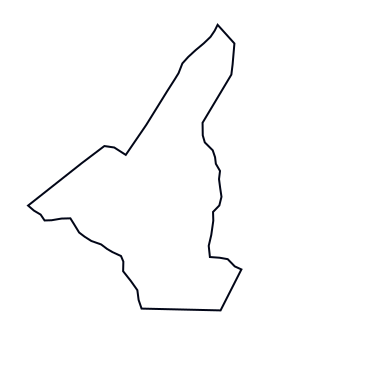 Camocim de São Félix, Pernambuco, Brazil, rotated 138°
{"feature_id": "56859067B97810771102376", "entity_name": "Camocim de São Félix", "entity_type": "district", "adm_level": 2, "iso_a3": "BRA", "parent_name": "Brazil", "parent_adm1": "Pernambuco", "projection": "orthographic", "projection_center": [-35.778, -8.341], "detail": "fine", "context": "isolated", "style": "outline", "palette": "ink", "viewbox_px": 384, "rotation_deg": 138, "n_neighbors": 0, "source": "geoboundaries", "source_scale": "gbopen_adm2", "svg_char_len": 899}
<svg xmlns="http://www.w3.org/2000/svg" viewBox="0 0 384 384"><g transform="rotate(138 192 192)"><path d="M61.1,274.0L61.1,299.1L67.2,296.7L74.4,294.9L83.8,294.6L94.4,295.0L104.4,294.9L113.1,294.0L122.5,289.3L129.7,287.2L143.1,283.5L181.0,272.5L216.4,263.9L220.0,277.1L226.4,284.8L254.5,287.2L322.9,291.6L321.9,283.9L319.6,276.5L320.6,269.5L315.3,265.0L306.8,259.6L300.0,253.8L301.5,245.4L303.0,237.4L301.7,230.6L299.6,223.0L294.6,213.8L293.2,206.5L291.3,200.5L287.6,191.9L289.6,186.2L296.2,179.2L297.0,166.8L298.3,155.6L303.9,147.5L307.5,139.1L250.0,84.9L207.1,101.4L210.0,108.1L210.4,118.2L215.4,124.6L222.2,131.7L215.6,140.8L206.4,147.2L195.4,156.4L189.7,163.1L180.7,163.7L173.3,168.7L168.4,176.1L163.3,183.5L157.1,188.9L155.4,197.0L151.6,202.4L148.7,209.1L149.3,220.3L146.1,226.9L137.8,236.4L84.2,252.9L76.5,259.6L67.4,268.1L61.1,274.0Z" fill="none" stroke="#020617" stroke-width="2"/></g></svg>